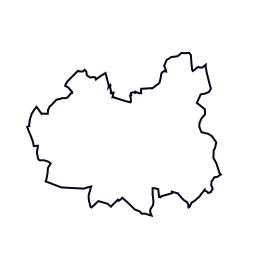 outline of Obio/Akpor, Rivers, Nigeria, rotated 190°
{"feature_id": "59680162B6299894636493", "entity_name": "Obio/Akpor", "entity_type": "district", "adm_level": 2, "iso_a3": "NGA", "parent_name": "Nigeria", "parent_adm1": "Rivers", "projection": "robinson", "projection_center": [7.009, 4.856], "detail": "fine", "context": "isolated", "style": "outline", "palette": "ink", "viewbox_px": 256, "rotation_deg": 190, "n_neighbors": 0, "source": "geoboundaries", "source_scale": "gbopen_adm2", "svg_char_len": 5283}
<svg xmlns="http://www.w3.org/2000/svg" viewBox="0 0 256 256"><g transform="rotate(190 128 128)"><path d="M88.3,211.2L90.6,208.4L91.8,207.2L97.6,205.4L101.8,201.7L103.0,196.1L103.2,195.6L100.8,191.6L100.3,190.2L102.2,190.4L103.8,188.9L104.2,188.1L104.6,187.7L104.6,187.3L104.5,186.5L104.6,185.2L104.5,182.9L104.7,180.2L104.8,177.9L105.9,176.7L107.0,175.5L108.9,173.5L110.3,171.9L110.8,171.4L111.5,171.1L111.7,171.4L112.2,171.2L114.9,170.6L117.0,170.0L119.7,169.4L119.8,169.4L121.8,168.9L121.7,167.6L121.6,166.4L121.3,165.3L121.1,164.6L122.2,164.2L123.4,164.2L124.2,164.3L125.5,164.6L127.1,165.1L127.2,164.5L127.0,164.0L127.1,163.8L127.4,163.9L127.8,164.0L128.2,164.2L128.6,164.1L129.9,163.6L131.2,163.1L131.3,163.0L131.2,162.5L130.8,161.6L130.5,160.7L131.5,160.3L130.3,157.3L129.9,156.0L129.8,154.8L129.9,154.3L130.0,153.7L130.7,153.8L132.9,153.9L135.4,154.1L138.8,154.5L141.4,154.9L143.6,155.1L146.4,155.5L146.8,155.7L147.1,155.8L147.5,155.8L148.6,155.5L148.5,156.2L148.5,157.2L148.6,159.0L148.3,160.4L148.7,160.5L148.9,159.3L149.0,159.2L149.9,159.2L150.8,159.2L150.9,159.3L151.1,159.9L151.1,160.1L151.1,160.5L151.1,161.0L151.2,161.5L151.4,162.1L151.8,162.9L152.2,163.8L152.5,164.4L152.7,164.7L152.7,164.8L152.7,165.4L152.7,166.8L152.9,167.2L154.2,164.9L154.2,165.8L154.3,166.4L154.5,166.8L154.6,167.2L155.4,168.9L156.3,170.8L157.2,172.7L157.6,173.7L158.3,175.2L159.7,178.2L163.9,174.5L167.0,171.3L167.3,171.1L168.0,170.2L169.0,172.1L170.9,172.1L174.1,171.2L177.4,172.6L178.1,173.9L178.8,176.3L180.8,177.8L181.8,176.3L182.1,175.9L182.3,175.8L183.4,175.6L185.8,175.3L187.1,175.7L187.8,174.8L188.6,173.7L192.3,168.3L195.8,163.3L196.4,161.9L196.8,160.8L196.9,160.2L197.1,159.4L197.2,158.6L195.0,157.9L194.0,157.6L193.6,157.4L193.0,156.8L192.3,156.3L191.3,155.4L190.7,155.0L190.1,154.4L189.6,154.1L189.2,153.5L189.1,153.1L189.1,152.9L189.6,152.9L189.8,152.7L190.1,152.2L190.7,151.2L191.3,150.3L192.1,148.8L192.5,148.2L193.0,147.5L193.6,147.1L194.2,146.8L194.8,146.6L195.6,146.4L196.1,146.3L198.0,146.0L198.4,145.9L198.8,145.7L199.5,145.0L199.8,144.7L201.4,144.4L201.8,144.1L202.9,143.6L203.5,143.3L203.8,142.8L204.4,141.8L205.3,140.6L206.3,139.0L207.3,137.4L207.9,136.6L208.4,136.3L208.7,135.7L209.2,134.7L209.3,133.7L209.5,133.1L209.9,132.4L209.5,128.0L211.9,127.7L215.3,127.3L215.5,126.9L221.8,133.0L223.4,129.9L223.8,129.0L224.5,127.2L225.0,126.0L225.4,125.4L225.4,123.9L225.6,122.9L225.9,121.6L226.0,120.4L226.0,119.8L226.0,118.7L226.0,117.4L226.0,116.6L225.9,115.5L225.9,114.4L225.9,113.7L225.8,113.1L225.6,112.9L227.5,111.5L226.5,109.9L225.4,108.0L221.6,102.2L221.3,101.4L219.9,99.0L219.0,97.5L218.8,96.9L218.3,95.5L217.6,93.8L214.4,94.7L213.6,94.9L213.5,91.9L213.5,89.6L213.5,88.5L213.4,87.8L213.2,87.2L212.9,86.6L212.7,86.0L212.3,85.0L211.8,83.7L211.1,82.1L210.7,81.6L210.3,81.3L209.8,81.0L208.1,81.0L206.0,81.5L204.9,81.6L200.6,81.0L197.9,79.7L198.3,78.8L199.7,75.4L199.8,75.0L199.9,74.7L199.8,73.8L199.8,73.3L199.7,72.6L199.6,72.0L199.5,70.8L199.4,69.5L199.4,68.5L199.4,67.3L199.4,65.6L199.4,64.6L199.5,62.7L199.7,61.7L199.8,61.1L199.0,60.9L195.5,60.3L191.6,59.5L183.1,57.9L181.1,58.2L175.1,58.9L169.9,59.5L164.7,60.2L161.0,60.6L158.2,62.1L155.9,63.2L154.1,64.0L154.7,58.5L154.9,56.7L155.0,56.3L155.0,54.8L154.9,53.8L154.4,51.6L154.1,50.5L153.6,49.2L152.2,46.1L151.3,44.0L151.2,44.0L150.7,43.7L150.4,43.5L150.2,43.4L150.0,43.6L149.5,44.2L147.7,46.6L145.5,49.6L144.5,50.8L144.2,50.9L143.1,50.7L138.0,50.2L136.4,50.0L135.6,49.9L135.1,49.9L134.8,49.8L134.5,49.6L133.9,49.2L132.7,48.5L131.1,47.6L130.8,48.2L125.5,55.6L124.5,54.7L124.0,55.4L123.6,55.7L122.9,56.3L122.3,57.1L121.8,57.6L121.7,57.8L121.7,58.2L121.6,58.3L121.1,58.1L120.1,57.4L118.7,56.6L117.6,55.9L116.2,55.1L115.3,54.5L110.7,51.3L109.6,50.6L108.8,50.0L107.8,49.3L107.4,49.0L106.8,48.9L105.8,48.7L104.9,48.5L104.2,48.3L102.4,48.0L101.8,47.8L101.5,47.6L101.0,47.1L100.6,46.7L100.2,46.3L100.0,46.2L99.7,46.1L99.4,46.0L98.9,46.1L98.0,46.3L97.0,46.6L96.8,46.6L96.3,46.6L95.6,46.5L94.3,46.4L93.1,46.2L89.5,45.8L91.7,49.3L91.8,49.9L91.7,50.6L91.7,51.6L91.6,52.7L91.2,53.5L90.3,55.3L90.0,56.5L90.0,58.1L90.1,59.7L90.9,62.5L91.4,64.2L92.3,67.3L93.3,73.0L92.2,73.2L90.2,73.3L87.6,73.0L87.6,72.8L87.1,71.2L86.4,68.9L85.9,67.2L85.5,65.5L83.9,65.4L83.9,66.2L82.0,67.2L79.9,68.2L77.5,69.4L73.2,71.5L73.7,72.9L71.9,72.7L69.8,72.5L68.8,72.3L67.6,72.2L67.4,72.3L65.7,70.6L64.3,69.6L63.1,68.5L60.5,66.7L57.9,65.5L57.7,65.6L57.2,65.5L56.1,64.1L55.0,62.4L55.0,62.2L54.9,61.8L55.0,61.5L55.1,61.2L54.6,60.3L54.0,60.9L53.6,61.2L53.4,61.5L53.3,61.9L53.3,62.5L53.3,62.9L53.1,63.4L52.8,64.3L52.5,65.0L52.3,65.5L51.8,66.1L51.5,66.4L51.0,66.8L50.2,67.4L49.9,67.7L49.3,68.4L48.4,69.6L47.7,70.5L47.1,71.3L46.1,72.4L45.6,73.1L45.3,73.7L44.6,75.4L43.1,78.0L41.8,80.5L41.6,79.9L41.3,79.5L40.8,79.3L39.6,79.2L39.1,79.0L38.2,78.4L37.9,77.9L36.1,78.8L35.4,79.0L35.4,79.4L34.0,82.8L36.2,86.2L36.4,89.8L34.4,94.5L31.5,95.4L28.5,98.4L29.9,99.2L34.9,108.7L38.7,113.3L39.7,120.8L38.8,123.6L38.6,129.2L44.0,134.6L48.1,136.2L54.9,136.6L57.9,141.4L58.5,144.7L57.5,149.7L54.5,154.9L55.6,159.9L64.6,164.7L62.2,173.7L57.8,175.4L54.5,177.6L53.2,181.1L55.4,185.7L60.0,196.0L62.1,201.7L62.4,203.8L65.2,200.5L68.0,200.0L69.5,200.4L74.0,195.4L74.9,196.3L76.7,202.6L78.8,210.8L80.8,212.6L85.8,211.4L88.3,211.2Z" fill="none" stroke="#020617" stroke-width="2"/></g></svg>